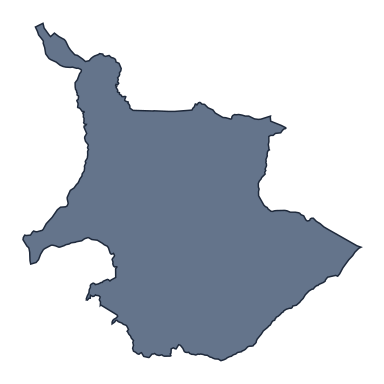 San Pedro de Huaca, Carchi, Ecuador
{"feature_id": "8360857B26572966022177", "entity_name": "San Pedro de Huaca", "entity_type": "district", "adm_level": 2, "iso_a3": "ECU", "parent_name": "Ecuador", "parent_adm1": "Carchi", "projection": "albers", "projection_center": [-77.722, 0.622], "detail": "fine", "context": "isolated", "style": "filled", "palette": "slate", "viewbox_px": 384, "rotation_deg": 0, "n_neighbors": 0, "source": "geoboundaries", "source_scale": "gbopen_adm2", "svg_char_len": 5864}
<svg xmlns="http://www.w3.org/2000/svg" viewBox="0 0 384 384"><path d="M337.7,276.2L339.7,273.8L342.9,267.8L348.8,259.7L352.7,255.6L354.8,252.3L358.8,248.3L361.0,247.2L357.0,245.8L327.4,229.0L323.7,226.8L320.3,223.8L316.4,221.4L313.3,218.2L311.7,218.2L310.4,218.8L309.6,220.4L307.7,221.0L306.8,220.7L305.8,219.8L303.7,215.8L301.0,214.7L299.7,213.2L298.3,212.7L295.3,212.2L290.3,212.2L287.0,210.8L284.8,210.4L276.1,210.6L274.0,210.9L273.0,211.4L271.0,211.3L268.1,209.0L267.2,207.5L265.4,206.6L263.9,205.2L258.6,195.8L258.5,191.7L259.1,189.0L258.4,187.1L258.3,183.4L259.3,181.1L261.2,178.8L261.6,177.6L265.1,174.1L264.7,172.3L265.8,170.5L265.1,169.1L266.5,165.8L266.4,163.8L265.8,162.6L266.2,161.2L265.9,159.6L267.3,155.9L267.1,154.5L267.5,151.7L268.3,150.5L269.4,149.9L268.8,148.9L268.9,148.1L268.3,144.5L268.9,141.8L268.8,136.5L270.6,135.4L273.1,135.4L275.4,133.4L280.7,132.8L282.5,130.3L284.1,128.9L285.5,128.6L285.9,128.1L285.7,127.7L281.2,125.4L270.7,121.2L270.3,117.2L270.5,116.1L260.8,119.2L258.3,119.4L254.5,118.9L248.8,116.1L245.3,116.1L242.1,115.1L238.8,114.5L235.8,114.8L234.8,114.5L233.5,115.1L232.6,115.7L231.9,116.9L231.6,118.7L230.8,119.1L225.7,117.7L222.9,117.5L215.2,113.0L212.9,109.9L208.0,107.8L204.6,104.4L201.9,104.1L200.4,102.6L199.7,102.4L198.5,102.8L196.9,104.9L195.9,104.0L195.3,104.0L194.3,106.8L192.9,108.2L191.9,110.1L174.9,111.4L168.2,111.4L153.8,110.8L153.7,111.0L133.0,110.4L129.9,108.1L129.8,105.9L129.0,104.3L128.1,103.5L128.2,102.0L125.7,101.2L124.7,100.4L124.8,99.4L125.8,96.8L125.1,96.4L122.8,96.7L121.8,96.5L121.4,95.3L119.5,94.3L119.4,92.6L117.9,92.3L117.4,91.8L117.8,90.9L117.5,89.7L116.1,87.6L116.7,86.5L115.7,85.9L115.6,85.3L116.1,84.3L117.5,84.9L118.7,83.4L118.5,82.8L117.5,82.0L118.3,79.5L117.6,77.8L119.1,76.0L119.7,74.5L119.4,72.9L120.8,70.9L121.2,68.5L119.0,63.3L116.0,62.0L115.6,59.9L115.1,59.1L113.6,58.1L111.3,57.5L109.1,55.5L105.4,56.4L103.4,55.5L102.8,54.1L99.6,53.6L98.5,54.5L94.5,56.0L93.0,56.9L91.1,58.4L89.2,60.7L85.4,61.5L82.7,59.1L77.5,55.4L74.8,54.8L70.6,50.2L68.5,47.1L65.7,41.2L64.4,39.6L58.9,36.6L54.4,33.1L50.6,36.6L49.0,34.8L44.1,28.0L43.0,23.3L35.4,27.0L37.5,31.5L38.6,34.9L43.1,40.6L43.4,41.6L43.2,43.3L44.7,47.7L45.7,53.9L49.0,58.5L50.7,59.6L56.2,62.1L60.1,65.2L63.1,66.5L65.8,67.1L70.3,67.4L72.4,67.1L76.6,68.3L78.2,68.2L80.8,69.4L81.4,70.1L81.2,71.6L79.6,73.7L77.4,79.7L75.1,82.7L75.2,87.1L75.6,89.6L76.4,90.4L76.7,92.4L77.2,93.0L77.1,94.7L77.3,95.3L78.4,95.8L78.6,96.9L78.1,99.6L77.1,100.1L76.8,100.7L78.0,103.2L78.0,104.9L77.6,107.2L77.9,107.6L79.3,108.0L80.3,108.8L82.2,111.5L83.9,111.5L84.1,111.8L84.1,112.3L83.1,112.9L82.9,113.5L83.5,114.7L83.3,117.0L84.1,118.4L83.9,120.1L84.1,121.2L83.6,122.6L84.2,123.6L85.2,124.3L86.3,124.4L85.5,125.6L84.1,126.1L84.0,127.2L86.7,133.5L84.8,136.7L84.6,138.0L85.5,141.3L88.2,144.7L88.3,145.3L87.5,147.8L88.5,149.4L87.6,151.4L87.7,155.0L87.3,158.2L85.3,161.3L85.4,162.2L85.9,162.9L84.4,166.2L84.6,168.1L84.2,171.0L82.2,173.8L81.9,176.1L79.8,179.0L79.0,181.1L77.7,183.5L76.7,184.2L74.0,188.0L70.3,190.4L67.2,197.4L67.2,198.9L68.2,203.4L67.2,205.8L65.6,206.8L60.5,207.2L57.4,209.7L52.1,217.4L46.3,223.6L43.3,229.2L42.3,230.3L36.9,231.8L35.3,231.6L33.6,231.0L32.3,232.3L30.5,235.1L26.3,235.5L24.7,235.1L23.3,237.6L23.0,239.7L27.0,246.2L28.6,247.6L29.0,248.6L29.7,252.3L30.0,260.7L30.7,264.1L36.1,262.5L38.5,259.7L40.6,254.2L43.2,249.9L44.4,248.8L51.2,245.2L52.7,245.2L55.4,245.8L58.6,247.1L59.9,247.1L64.3,245.6L65.8,244.7L69.1,244.0L71.2,242.8L75.2,242.3L76.7,241.7L81.7,240.8L84.6,238.7L88.0,237.6L89.0,237.9L91.7,239.5L97.3,240.2L102.4,243.3L104.3,244.8L107.3,246.2L108.4,247.8L110.1,252.9L110.7,253.8L111.7,254.2L113.5,253.4L114.5,255.4L114.3,256.3L112.5,258.6L112.1,259.5L113.0,262.0L112.8,263.9L113.5,265.9L114.5,266.9L116.4,266.7L116.9,267.0L115.6,268.8L115.7,277.5L111.2,279.9L109.9,281.0L108.4,279.7L107.4,279.4L103.2,281.2L102.3,282.4L101.3,282.4L98.4,283.9L95.3,284.6L94.7,283.7L93.1,283.1L91.1,284.3L90.3,285.4L90.4,287.4L89.3,289.5L88.9,292.9L87.4,295.7L86.3,298.7L86.5,299.4L86.3,299.9L87.4,300.1L89.0,298.3L90.3,298.2L90.4,295.2L92.8,296.5L94.1,296.2L95.5,294.9L96.0,295.3L98.8,295.7L100.2,297.0L99.3,299.8L100.5,301.9L100.3,305.5L100.8,305.0L117.0,314.9L117.5,315.7L117.6,316.5L115.9,318.2L113.9,319.3L112.8,320.4L112.1,322.1L112.1,323.9L114.6,322.1L115.7,320.6L116.9,320.3L118.3,321.7L121.8,323.0L123.3,324.3L125.9,325.2L126.7,325.9L128.5,329.4L127.1,331.3L127.7,331.9L128.7,334.0L130.5,336.0L131.3,338.1L133.5,340.6L132.8,342.4L133.5,345.4L132.6,348.3L133.5,351.2L135.7,352.3L137.3,353.7L138.7,354.2L139.3,354.1L140.3,353.1L141.5,352.7L143.7,356.4L148.4,357.5L149.2,357.4L152.0,354.1L153.9,353.9L154.6,353.5L156.6,354.9L159.1,355.5L161.8,354.8L163.2,355.8L164.4,356.2L170.1,356.1L170.9,355.7L170.2,353.9L171.0,353.1L171.2,348.8L173.4,347.8L175.1,348.8L176.1,348.9L178.7,344.7L180.0,345.1L181.0,346.0L182.9,348.4L184.3,351.5L185.3,352.2L187.0,352.5L188.8,352.3L189.6,353.4L191.6,354.3L193.6,354.4L195.8,355.0L197.9,354.1L199.5,354.3L200.6,354.0L203.3,354.5L204.8,355.1L207.4,355.3L209.9,357.0L211.9,357.5L213.0,358.2L215.0,358.9L218.4,359.1L220.9,360.7L223.8,359.8L226.0,358.8L227.3,357.7L229.7,356.6L231.3,356.3L233.5,354.7L235.8,354.0L237.5,352.5L241.6,351.7L242.3,350.8L243.5,350.5L245.4,349.3L247.7,346.8L249.4,346.2L252.0,346.1L253.3,345.7L253.9,344.6L254.8,344.0L256.1,342.5L256.4,340.9L257.2,339.1L261.3,334.1L263.3,330.9L267.6,327.4L268.8,326.0L270.3,325.0L272.0,321.8L273.4,320.5L274.3,320.4L274.9,319.9L275.2,318.6L275.9,318.0L276.3,317.1L278.1,316.3L280.1,314.6L281.7,312.8L283.4,311.8L283.7,310.9L286.2,309.3L289.3,308.3L291.0,308.3L292.1,307.6L292.8,306.0L296.4,305.2L300.0,302.0L300.8,300.8L303.1,298.5L305.3,294.8L309.1,290.9L311.7,289.3L313.3,289.0L314.7,287.2L316.8,285.5L317.9,285.5L319.0,284.4L323.5,282.4L325.1,281.2L325.5,279.9L327.6,277.2L335.7,275.4L337.7,276.2Z" fill="#64748b" stroke="#1e293b" stroke-width="1.5"/></svg>